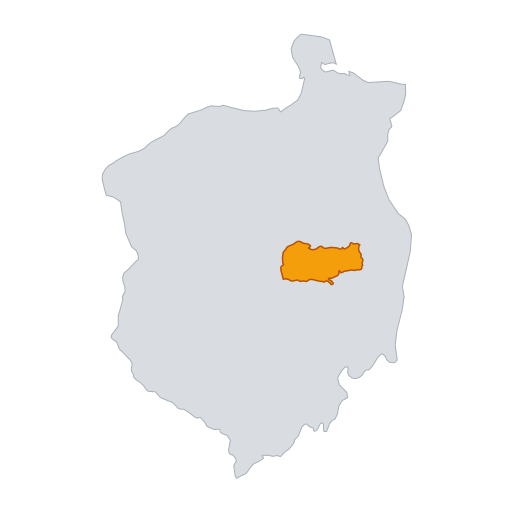 location of Arges within Romania, rotated 271°
{"feature_id": "ROU-302", "entity_name": "Arges", "entity_type": "County", "adm_level": 1, "iso_a3": "ROU", "parent_name": "Romania", "parent_adm1": "", "projection": "orthographic", "projection_center": [24.918, 44.995], "detail": "fine", "context": "in_parent", "style": "filled", "palette": "amber", "viewbox_px": 512, "rotation_deg": 271, "n_neighbors": 0, "source": "natural_earth", "source_scale": "10m", "svg_char_len": 5856}
<svg xmlns="http://www.w3.org/2000/svg" viewBox="0 0 512 512"><g transform="rotate(271 256 256)"><path d="M407.4,288.1L412.7,294.9L419.1,298.3L434.0,301.5L435.3,301.0L435.4,300.3L434.3,299.3L434.1,298.0L434.7,296.4L436.7,296.2L440.1,297.5L446.3,295.1L455.3,289.1L463.7,287.5L471.6,290.3L475.8,293.9L478.6,297.4L478.1,301.9L477.7,304.8L476.4,316.5L475.2,320.9L473.2,325.8L449.2,332.9L450.6,330.1L449.8,325.2L448.6,321.6L450.7,318.2L445.2,317.3L442.9,319.2L441.2,322.5L443.2,329.7L440.8,333.9L439.8,336.2L440.0,341.5L438.5,343.9L438.3,346.5L442.2,345.6L440.7,350.3L433.8,359.6L431.4,365.0L433.0,385.9L430.3,398.6L430.2,402.4L422.3,402.8L419.9,402.7L412.4,401.1L403.9,398.1L398.8,391.8L395.5,387.3L388.5,389.6L387.1,389.1L385.1,386.9L379.8,385.6L373.2,385.8L358.2,377.7L356.5,376.4L345.0,378.1L327.8,382.6L314.6,388.0L301.0,397.5L295.5,404.5L289.1,408.3L279.9,411.1L263.5,410.2L246.3,406.7L228.0,402.8L218.0,404.8L204.6,403.1L184.4,398.3L169.4,396.7L154.5,399.0L152.1,396.9L151.6,394.6L152.2,391.3L154.4,388.7L158.0,386.8L160.0,384.8L160.2,382.7L156.3,379.3L148.2,374.5L144.8,371.6L144.0,370.8L143.9,368.2L142.2,366.2L139.1,364.6L136.7,361.9L135.1,357.9L135.6,354.3L138.1,351.0L141.4,349.6L145.2,350.1L146.9,349.2L146.3,346.8L142.6,343.6L135.8,339.7L128.7,341.5L121.2,349.1L116.0,350.1L113.0,344.8L107.5,341.5L99.5,340.2L94.6,338.0L92.8,334.9L89.4,332.4L81.7,329.6L81.7,327.2L83.0,326.7L85.8,326.6L89.5,326.3L90.1,325.0L90.2,323.7L87.4,322.1L84.5,320.9L83.0,319.7L82.0,318.5L81.9,317.3L82.8,316.5L84.0,316.5L85.2,315.8L86.0,313.0L87.7,310.7L88.8,309.9L88.8,308.2L87.7,306.6L86.2,305.1L83.8,304.1L76.6,301.4L73.0,297.8L70.8,297.6L67.3,295.5L63.5,292.4L60.4,288.0L56.9,285.1L56.0,284.0L56.0,282.9L56.7,281.8L56.8,280.5L56.0,276.3L56.9,272.0L56.9,268.0L57.0,266.1L56.3,265.5L55.7,266.1L54.7,266.8L53.8,266.9L51.4,263.8L48.3,257.6L46.2,255.4L41.9,252.4L38.3,249.9L35.9,244.7L33.4,240.6L35.3,239.1L46.0,237.4L50.8,239.9L53.1,239.2L55.3,237.5L56.6,236.1L56.9,234.5L58.0,232.7L61.7,231.9L71.0,233.6L75.0,231.1L76.4,229.6L77.5,226.4L78.6,223.9L82.0,222.6L82.1,220.2L81.7,217.6L83.9,211.9L85.2,209.6L87.1,208.8L89.5,207.1L93.6,203.4L92.9,200.1L93.8,197.7L98.2,191.9L101.6,186.3L101.6,183.4L102.2,180.9L105.1,178.2L108.1,174.8L112.4,163.7L113.8,161.9L116.4,159.8L118.4,157.8L118.9,150.4L120.7,148.4L124.1,146.1L127.6,142.4L130.4,137.9L132.6,135.9L135.4,135.4L138.4,133.7L141.8,133.2L145.0,134.1L147.1,133.7L150.2,131.6L158.4,123.5L159.5,121.9L161.2,120.8L167.7,118.1L169.4,115.3L171.6,112.7L174.5,113.0L183.6,119.5L193.5,119.3L195.4,119.6L195.9,119.7L197.1,120.3L210.3,123.6L212.4,123.3L212.9,123.0L218.2,125.7L223.0,125.4L227.4,123.6L232.1,123.0L236.4,124.1L239.6,127.8L248.1,135.6L250.6,138.5L254.5,138.1L258.8,136.6L263.1,131.4L276.4,125.4L286.5,123.9L296.4,121.4L307.8,119.6L311.1,114.7L312.8,111.4L314.0,105.3L320.1,103.4L325.9,102.0L328.0,101.2L332.3,100.9L335.6,101.3L340.8,104.2L344.4,107.9L345.9,110.8L349.1,115.0L352.5,120.9L356.3,128.7L357.2,132.6L358.7,136.9L361.5,142.1L366.8,147.8L367.6,148.9L370.0,152.9L374.8,161.9L378.7,165.4L382.1,169.2L383.8,173.2L386.3,176.7L392.0,181.3L396.7,185.5L400.8,197.9L403.5,203.5L405.3,207.9L404.9,216.9L406.1,220.6L404.3,227.7L401.1,241.9L400.7,253.2L401.6,259.2L401.8,263.0L402.8,265.5L404.0,270.5L404.4,275.0L403.1,276.3L401.2,277.4L400.5,278.4L402.3,280.3L404.9,283.9L407.4,288.1Z" fill="#d9dde1" stroke="#a8b0b8" stroke-width="1"/><path d="M270.2,295.4L271.0,296.7L271.2,297.3L271.4,298.0L271.4,298.8L271.2,299.9L270.9,300.7L270.1,301.9L269.8,302.6L269.5,303.5L269.3,304.6L269.2,306.2L268.9,307.6L268.5,308.7L268.1,309.3L267.6,309.8L267.2,310.2L266.8,310.3L266.4,310.1L266.0,309.8L265.5,308.9L265.2,308.6L264.8,308.5L264.6,308.7L264.3,309.0L263.9,310.3L263.6,310.7L263.4,311.6L263.3,312.9L263.9,315.5L264.5,316.7L266.0,318.4L266.6,319.7L266.8,320.5L266.8,321.2L266.6,321.8L265.3,323.3L265.0,323.9L264.9,325.0L265.0,326.4L265.8,330.0L265.9,331.1L265.5,336.6L265.4,337.3L265.2,337.9L264.5,339.2L264.4,340.0L264.5,340.8L265.1,341.6L265.7,342.0L266.1,342.5L265.9,342.8L264.8,343.5L264.6,344.1L264.8,344.9L266.0,347.3L266.5,347.9L267.8,349.2L268.2,349.5L268.7,349.7L269.9,349.9L270.3,350.1L270.7,350.4L270.9,350.9L270.8,351.5L269.9,353.1L269.7,353.8L269.8,354.7L269.9,355.3L270.1,355.9L270.2,356.4L270.1,357.6L269.0,359.5L267.5,358.8L266.7,358.6L265.9,358.5L264.8,358.5L262.6,358.9L261.6,359.5L260.5,360.5L259.9,360.8L258.7,361.1L257.2,360.9L256.7,361.0L256.2,361.3L255.6,362.1L255.2,362.4L254.7,362.7L254.0,362.9L253.2,362.9L250.5,362.2L248.5,362.8L247.5,362.0L245.1,361.9L244.7,361.5L244.3,361.0L244.1,360.0L243.9,357.0L243.3,354.7L243.3,354.1L243.4,353.6L243.6,352.7L243.7,352.2L243.2,349.2L242.9,348.1L242.7,347.5L242.7,346.7L242.4,345.1L242.0,344.1L240.9,342.1L240.8,341.5L240.9,341.1L241.2,340.8L241.6,340.5L242.4,340.1L242.7,339.9L242.7,339.7L242.5,339.3L242.1,339.0L241.3,339.0L240.5,339.1L239.8,339.2L239.0,338.9L238.1,338.0L237.5,337.2L235.4,332.7L235.0,331.8L235.0,331.1L235.1,330.4L235.1,329.8L235.0,329.3L234.8,328.9L234.3,328.9L233.9,329.1L233.4,329.9L232.9,331.1L232.7,331.5L232.4,331.9L230.4,333.5L230.0,333.7L229.6,333.6L229.3,333.3L228.7,331.7L229.9,330.8L231.8,328.5L232.1,327.9L232.3,327.4L232.3,326.8L231.9,326.0L231.5,325.4L231.2,324.8L231.2,324.3L231.6,322.9L232.1,318.8L233.6,312.4L233.5,310.8L233.2,309.8L232.9,309.0L232.6,308.6L231.8,307.7L231.6,307.1L231.5,306.2L231.7,304.8L231.9,303.2L231.5,301.5L231.4,300.8L231.5,300.2L231.8,299.6L232.2,299.2L232.5,298.7L232.7,298.0L232.6,297.2L231.6,293.0L231.6,292.2L231.7,291.5L233.1,288.9L233.8,285.9L233.2,283.7L241.8,281.3L244.8,281.0L245.5,281.2L246.1,281.5L246.9,282.4L247.3,283.0L247.6,283.5L248.0,283.7L248.5,283.5L249.4,283.0L249.9,282.8L250.5,282.7L251.9,282.8L254.8,282.5L260.1,283.2L261.2,283.9L263.0,285.5L263.8,286.0L264.5,286.3L265.3,286.8L266.0,287.7L268.6,293.5L270.2,295.4Z" fill="#f59e0b" stroke="#b45309" stroke-width="1.5"/></g></svg>